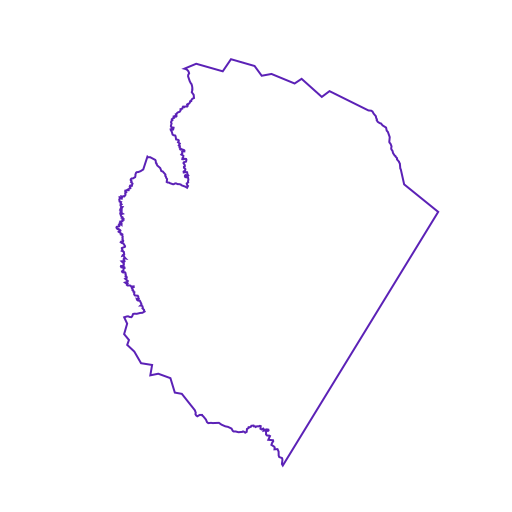 Tarauacá, Acre, Brazil (Robinson projection), rotated 114°
{"feature_id": "56859067B77196196599270", "entity_name": "Tarauacá", "entity_type": "district", "adm_level": 2, "iso_a3": "BRA", "parent_name": "Brazil", "parent_adm1": "Acre", "projection": "robinson", "projection_center": [-71.381, -8.261], "detail": "fine", "context": "isolated", "style": "outline", "palette": "violet", "viewbox_px": 512, "rotation_deg": 114, "n_neighbors": 0, "source": "geoboundaries", "source_scale": "gbopen_adm2", "svg_char_len": 6138}
<svg xmlns="http://www.w3.org/2000/svg" viewBox="0 0 512 512"><g transform="rotate(114 256 256)"><path d="M75.5,255.9L83.9,260.6L75.6,286.4L82.7,290.9L83.4,315.9L89.0,324.1L83.0,334.6L86.4,358.9L100.8,361.5L104.7,388.8L114.0,397.6L113.8,396.3L113.9,394.7L114.6,393.1L115.5,392.1L116.3,391.4L118.1,391.6L119.5,391.1L123.3,387.6L124.8,385.7L125.2,384.8L126.8,383.5L128.7,382.3L129.6,382.2L130.0,381.7L132.5,381.3L134.1,378.5L136.9,376.9L138.3,378.1L140.3,378.5L140.9,378.2L141.5,379.1L142.7,378.8L144.2,379.3L144.6,379.9L145.2,379.7L145.7,380.5L146.9,379.5L147.5,379.7L148.4,381.8L149.2,382.1L149.1,383.3L149.8,383.5L151.3,383.2L152.6,384.7L153.5,384.1L155.3,384.4L156.6,385.8L157.7,386.3L158.7,386.3L159.1,386.9L159.9,386.3L160.4,385.5L161.2,385.7L161.5,386.2L161.2,387.1L162.0,388.0L163.2,387.1L163.9,387.9L165.3,388.5L165.8,387.6L167.5,388.2L168.6,387.9L169.1,387.1L172.0,386.6L172.8,385.6L172.3,383.5L173.5,383.2L174.3,383.2L174.7,383.9L174.5,384.7L175.0,385.5L175.5,385.2L176.7,383.5L179.0,381.6L179.2,380.5L178.8,378.8L179.3,378.2L182.0,376.4L181.6,374.5L181.8,373.6L182.4,373.3L183.8,373.5L184.3,371.3L186.4,371.5L186.5,370.3L187.1,370.0L187.7,370.2L188.2,369.8L188.6,368.2L189.4,368.4L189.4,367.7L188.7,367.1L188.5,364.9L188.7,364.3L189.6,364.0L190.1,365.2L190.8,365.9L192.2,365.1L193.7,365.5L193.9,363.2L195.6,362.6L196.4,363.0L197.5,362.7L197.2,361.7L196.1,360.4L195.8,359.3L196.4,358.7L198.2,358.3L199.8,360.1L200.6,360.1L201.7,358.3L202.5,357.7L203.1,357.5L203.8,358.1L204.7,357.7L205.2,356.0L205.9,355.6L206.9,355.7L208.3,356.5L209.1,356.0L207.8,354.1L207.5,353.0L209.3,351.8L210.0,350.6L210.8,351.1L211.2,352.3L210.7,353.2L211.3,353.6L211.9,353.5L212.7,352.7L212.0,350.0L213.8,348.8L215.5,348.5L216.3,347.9L217.9,348.8L219.4,347.5L219.7,346.6L221.7,346.7L221.4,348.7L221.7,352.9L221.3,353.7L221.5,355.1L222.2,356.8L222.2,358.6L222.6,359.4L223.9,360.4L224.2,361.0L224.5,364.5L224.3,365.1L224.8,366.7L224.7,367.7L221.9,368.5L221.1,369.9L220.0,370.7L219.7,371.5L218.4,371.9L216.7,375.6L216.9,377.0L214.6,379.3L213.5,382.9L212.6,384.1L211.9,384.4L211.7,385.3L209.9,386.3L209.2,387.1L208.8,392.9L209.7,394.7L209.4,395.6L222.8,394.2L225.5,396.0L227.2,397.7L227.9,399.0L228.6,399.4L230.6,399.3L231.6,398.8L233.1,398.5L235.3,400.1L235.7,401.1L236.2,401.4L237.0,401.6L237.7,401.3L237.9,400.5L238.4,400.0L239.3,400.2L240.0,398.3L242.3,398.0L242.3,398.9L242.9,399.6L243.7,398.9L244.3,399.4L245.2,398.4L247.5,400.2L247.9,399.5L249.4,402.0L250.1,401.8L250.7,400.5L251.8,401.1L253.2,400.1L255.1,400.5L255.2,401.3L255.8,401.7L256.2,403.1L257.0,402.2L258.2,402.0L258.2,402.9L257.7,403.8L257.8,404.5L259.3,403.7L260.0,403.9L261.7,402.8L261.6,401.2L262.7,401.3L263.4,399.9L264.2,400.6L265.0,400.3L265.9,398.7L265.6,397.9L266.9,398.1L267.0,399.0L268.7,398.9L268.0,397.7L269.9,396.9L269.9,398.0L270.6,397.8L271.2,397.3L271.6,395.0L272.2,395.7L272.6,397.1L273.1,396.7L274.5,395.3L274.9,394.6L274.8,393.8L275.3,393.3L275.8,393.7L275.9,392.1L276.7,391.8L276.8,392.7L277.4,392.8L277.9,392.2L278.5,392.1L279.7,393.9L281.0,392.0L282.0,391.6L281.1,393.8L281.6,394.0L282.3,393.5L283.2,393.9L283.7,393.0L284.5,393.1L286.0,395.1L286.7,395.1L287.4,394.4L287.7,393.3L287.2,392.7L287.6,390.6L288.0,390.1L288.5,390.3L288.9,391.2L289.7,391.4L290.5,387.2L291.3,387.7L291.3,386.8L292.6,385.6L293.4,385.6L293.9,385.0L295.0,384.9L295.9,383.6L296.6,383.4L297.6,385.0L298.4,385.2L298.7,383.8L298.5,382.2L300.3,379.6L301.0,379.5L303.3,381.8L304.0,381.5L305.0,380.2L305.9,380.6L306.0,378.4L308.1,377.1L309.4,378.1L310.1,378.1L309.4,377.3L309.9,376.3L310.6,375.9L311.3,374.2L311.6,375.6L312.7,375.7L314.3,373.9L315.2,374.2L315.4,375.0L315.1,376.0L315.5,376.6L316.6,373.7L317.9,373.1L319.7,374.3L320.2,376.0L320.4,375.0L321.1,374.5L320.9,373.5L319.7,372.4L319.8,371.6L320.4,371.2L321.0,372.0L323.1,371.2L324.5,372.2L325.1,371.6L325.1,370.6L324.4,370.1L324.2,368.9L324.8,368.1L325.6,368.0L326.2,367.2L327.7,366.9L327.5,366.0L328.0,365.4L328.8,365.2L330.0,366.2L331.0,362.9L332.0,363.1L333.5,364.8L333.7,363.9L332.7,362.8L333.2,362.1L334.0,362.5L334.9,362.3L335.2,361.4L334.2,359.2L334.2,358.4L334.7,357.6L333.5,355.4L334.1,355.1L334.9,356.7L335.8,356.4L336.5,355.1L337.3,355.1L337.6,353.9L338.5,353.5L338.5,352.4L340.5,351.8L340.9,351.3L341.3,350.5L340.4,347.9L341.0,347.0L342.3,346.3L342.9,346.5L342.8,345.7L343.6,345.6L343.7,347.5L344.4,346.9L344.7,345.6L344.1,343.9L346.6,341.0L347.3,340.9L348.2,341.3L347.8,340.4L348.1,339.3L349.4,338.3L350.0,338.4L350.7,336.4L351.4,336.1L352.0,335.2L354.1,336.7L355.1,338.6L357.3,341.4L358.2,343.7L359.0,344.7L361.5,344.6L362.6,345.0L363.1,346.8L363.1,348.2L363.6,349.2L365.6,351.5L370.2,346.2L381.0,344.7L384.4,337.9L389.6,337.5L392.8,328.3L400.7,317.4L397.8,306.6L408.0,304.0L403.3,297.4L402.4,284.5L413.8,274.6L412.1,267.7L421.8,249.1L423.7,247.3L425.1,247.0L426.0,245.8L426.3,244.4L424.1,242.8L423.1,240.6L423.7,240.0L423.8,239.2L425.8,235.2L427.7,233.2L428.1,231.6L426.7,229.2L426.3,227.7L423.5,222.0L424.1,219.0L424.1,214.8L423.5,212.1L423.6,208.2L425.2,206.1L425.4,205.1L424.6,203.3L424.1,200.3L422.2,196.9L421.5,196.5L421.5,194.7L421.8,194.0L420.4,193.0L417.7,193.9L416.3,192.9L415.4,193.1L415.0,192.1L413.9,191.1L413.0,191.2L411.9,189.3L412.5,188.7L412.0,187.7L412.4,186.8L411.1,185.8L410.8,184.7L409.6,183.4L409.5,182.5L412.0,181.7L412.2,180.4L410.7,179.2L411.1,178.5L412.6,178.1L411.9,177.3L411.1,177.1L410.0,175.7L409.6,174.1L410.3,173.6L411.0,174.0L411.2,175.8L411.9,176.2L412.5,175.3L415.0,174.2L415.5,172.8L414.7,170.9L414.8,170.0L418.9,170.0L417.4,165.5L418.3,164.9L420.2,165.3L422.3,165.1L422.7,162.2L423.2,161.1L425.1,160.5L423.7,157.8L425.5,155.8L429.1,154.1L430.2,153.0L430.0,150.1L430.5,149.6L431.6,148.9L435.5,147.7L436.5,146.3L141.6,107.5L130.3,149.8L117.9,159.0L117.5,159.7L113.0,162.2L112.3,163.3L111.7,163.7L110.4,166.5L109.3,166.9L108.5,168.8L107.9,169.4L107.9,170.1L106.2,172.7L104.5,174.0L103.5,175.7L102.6,176.3L100.7,176.8L98.8,178.7L98.0,180.3L97.4,180.7L93.0,182.2L89.0,186.0L88.3,187.6L85.8,189.4L85.2,193.5L84.1,195.7L84.3,197.0L83.9,199.4L82.7,201.1L82.0,201.1L80.9,202.5L79.6,203.3L78.1,206.4L76.6,208.4L76.4,209.9L77.3,212.5L75.5,255.9Z" fill="none" stroke="#5b21b6" stroke-width="2"/></g></svg>